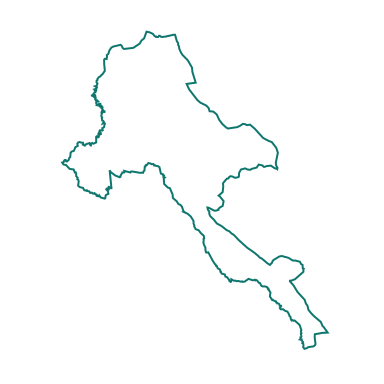 Sumbawanga, Rukwa, United Republic of Tanzania (Mercator projection), rotated 177°
{"feature_id": "72390352B27717411944051", "entity_name": "Sumbawanga", "entity_type": "district", "adm_level": 2, "iso_a3": "TZA", "parent_name": "United Republic of Tanzania", "parent_adm1": "Rukwa", "projection": "mercator", "projection_center": [31.975, -8.085], "detail": "fine", "context": "isolated", "style": "outline", "palette": "teal", "viewbox_px": 384, "rotation_deg": 177, "n_neighbors": 0, "source": "geoboundaries", "source_scale": "gbopen_adm2", "svg_char_len": 6025}
<svg xmlns="http://www.w3.org/2000/svg" viewBox="0 0 384 384"><g transform="rotate(177 192 192)"><path d="M63.9,44.5L67.7,50.5L68.6,51.2L70.1,55.4L76.9,61.9L79.6,65.0L81.9,68.3L82.7,72.6L84.1,74.6L85.1,78.4L91.9,86.7L95.5,93.4L98.9,97.7L98.8,98.3L97.5,98.3L93.7,99.5L84.9,106.5L84.9,108.3L84.4,109.5L85.4,110.0L85.4,113.4L86.8,114.3L87.9,116.7L92.2,118.1L95.0,118.3L99.1,121.2L105.7,123.4L108.2,123.0L114.0,119.9L115.1,118.9L115.7,117.3L118.0,115.1L120.7,117.1L125.8,121.9L127.7,122.9L129.1,124.6L133.0,128.2L139.7,133.4L147.8,141.5L152.4,146.9L154.7,148.5L156.8,150.8L159.5,152.2L164.2,156.4L168.9,159.3L171.5,163.1L175.1,167.0L175.9,169.4L175.7,171.4L177.0,173.4L177.4,175.7L176.1,175.4L170.9,172.3L169.1,172.1L166.8,172.7L167.0,173.1L165.1,175.0L162.1,176.5L160.9,181.2L164.5,186.2L165.6,187.0L161.4,190.3L160.5,195.9L160.6,198.8L160.2,199.6L156.5,203.5L155.0,203.6L154.2,204.9L152.7,205.8L150.5,205.2L148.3,203.9L144.9,204.4L144.4,204.9L143.9,208.8L141.9,211.9L137.7,212.8L135.5,211.6L132.7,211.1L131.1,212.0L126.2,213.0L123.9,215.9L120.2,214.8L119.1,213.4L118.3,213.3L116.0,214.0L111.9,214.2L108.0,211.3L106.2,210.9L105.7,210.4L105.4,211.6L106.5,213.9L106.8,216.8L104.2,226.8L105.6,231.8L109.7,237.7L112.6,238.9L118.1,242.2L126.0,251.9L130.5,256.2L133.7,255.9L135.3,256.9L137.6,257.4L140.5,255.6L143.5,254.4L152.8,253.5L154.7,254.8L158.1,258.3L161.1,262.7L163.2,268.1L166.5,271.2L170.2,271.7L171.0,275.0L173.1,277.5L179.0,280.8L181.8,283.5L189.4,294.5L191.7,300.2L182.6,301.0L185.3,311.8L185.5,316.2L189.3,323.7L194.4,329.5L195.8,332.0L197.2,335.8L197.4,338.3L198.2,339.7L198.0,341.3L199.2,343.3L200.7,349.9L202.2,350.0L210.1,348.6L213.5,348.4L214.8,348.6L215.9,349.6L216.7,349.8L217.6,348.6L219.1,348.6L219.5,349.1L220.1,348.9L221.6,350.2L222.7,351.9L225.8,353.6L229.0,354.5L231.8,347.9L234.4,346.0L236.5,342.9L243.1,339.0L252.4,338.4L253.6,339.3L254.5,341.6L255.6,342.7L262.9,341.4L265.0,340.4L267.0,337.8L268.4,334.2L269.9,333.2L269.8,331.1L270.3,330.2L270.3,329.3L271.9,329.6L272.8,328.8L273.0,324.4L272.7,317.6L275.3,314.2L276.7,313.3L277.5,312.2L278.9,311.7L280.5,309.8L280.5,308.9L281.4,308.3L281.6,306.5L280.7,305.3L281.7,303.1L283.3,302.7L282.5,302.1L281.8,302.5L281.4,301.4L282.3,300.1L283.8,299.7L283.3,299.4L282.5,299.6L282.3,298.5L283.6,298.1L283.0,297.3L283.2,296.6L284.1,296.5L286.1,294.1L286.9,293.7L286.7,293.2L285.7,293.1L284.1,293.9L283.7,293.8L283.5,292.8L284.5,291.9L283.3,291.3L283.2,290.8L284.0,289.9L283.3,288.8L282.0,288.6L281.0,287.4L281.6,287.3L282.5,288.0L282.9,287.5L283.0,285.3L282.2,284.4L282.6,283.7L281.1,283.4L280.2,285.0L279.0,284.9L279.1,284.3L279.7,284.4L279.7,282.3L278.4,281.5L277.8,282.5L276.9,281.4L277.0,280.7L277.8,280.2L276.5,278.4L277.7,277.6L277.9,277.0L276.2,277.8L275.1,277.1L275.2,276.5L276.3,276.8L278.0,275.1L278.6,272.5L277.8,271.1L278.2,270.4L278.0,268.2L277.0,267.8L276.4,266.8L277.4,265.1L276.1,265.6L275.4,264.9L276.6,261.2L278.3,260.4L277.9,258.3L278.6,258.0L280.6,258.5L281.1,258.0L281.4,256.9L280.1,255.9L279.9,254.7L280.7,254.4L281.8,255.6L282.3,255.4L282.5,254.8L281.5,254.1L282.4,251.6L283.8,251.5L284.0,252.7L284.8,252.2L285.1,246.5L287.8,245.4L289.0,246.2L289.8,245.7L290.6,243.8L291.2,244.3L291.7,246.2L295.2,245.3L296.6,243.9L298.5,245.0L298.0,245.7L298.3,246.9L300.4,247.2L301.6,247.8L303.1,247.4L304.0,246.2L303.7,244.0L306.1,242.9L307.8,239.3L309.8,238.8L311.1,237.7L311.8,233.2L312.6,232.7L313.7,230.2L315.4,229.0L316.1,229.2L316.5,230.6L317.3,230.6L318.0,230.1L318.6,228.6L320.1,228.2L318.9,226.2L316.4,225.5L313.0,221.5L309.0,220.7L308.0,217.6L307.1,217.7L306.7,216.6L306.8,213.8L305.4,212.1L305.9,210.8L304.9,210.0L304.6,208.5L305.4,204.3L303.9,202.8L300.6,201.8L299.5,199.4L297.5,198.9L297.0,199.2L296.8,198.5L294.5,198.0L293.7,196.4L292.1,196.6L291.1,195.6L290.2,195.8L289.9,195.5L289.3,195.9L288.6,194.9L287.3,194.4L287.1,193.8L287.6,193.7L287.5,193.1L285.6,192.6L284.9,193.6L283.6,191.4L279.7,190.0L279.0,190.2L278.4,193.0L277.8,193.7L275.6,194.5L275.9,197.1L277.5,199.2L276.8,199.8L275.9,199.0L275.0,198.9L274.7,199.8L275.2,201.1L274.8,201.5L272.8,200.3L272.2,199.3L273.1,218.0L272.0,216.0L267.8,212.5L263.4,210.5L262.6,211.0L262.6,211.9L260.4,215.2L258.8,215.0L258.2,215.6L258.5,216.6L252.5,214.7L251.8,215.6L250.5,215.6L243.1,213.9L239.8,213.8L239.5,214.9L238.4,215.9L237.8,219.9L237.0,220.0L236.7,221.3L235.4,221.5L234.1,223.2L231.8,222.6L231.1,221.9L229.0,221.9L228.4,220.4L227.4,220.6L226.1,219.8L224.4,219.5L223.2,218.5L222.1,212.0L220.1,211.2L220.2,210.6L219.1,210.0L219.8,208.6L218.4,207.9L219.5,206.9L219.4,201.5L215.9,197.7L213.9,197.0L211.5,190.5L211.4,187.0L207.8,183.6L206.2,180.7L204.2,179.7L202.9,178.1L201.3,172.6L200.1,172.4L200.9,172.3L197.5,170.5L194.5,167.6L192.0,163.0L192.1,160.3L191.4,158.6L191.6,157.5L190.3,154.7L187.4,153.5L185.4,150.6L182.5,147.6L182.3,144.9L182.9,144.6L182.9,142.5L183.3,141.3L182.8,138.7L181.4,135.4L181.7,133.8L181.2,131.0L180.4,130.7L178.9,130.9L175.2,122.9L172.9,118.8L172.2,118.4L171.9,117.0L171.2,116.9L170.2,114.3L168.3,113.3L167.7,110.8L167.4,110.8L167.5,110.3L166.5,108.9L163.5,107.9L163.1,105.8L161.5,105.1L159.5,102.3L159.4,101.3L158.2,100.2L157.7,100.4L157.3,102.8L154.8,101.2L153.2,101.2L152.3,100.6L150.4,100.7L147.9,99.9L146.6,100.1L146.2,99.6L144.0,99.8L140.1,102.3L136.1,100.7L134.6,100.7L133.9,101.1L133.2,100.4L132.6,100.8L131.4,100.0L130.2,98.0L129.0,97.6L127.7,94.8L126.5,94.0L124.5,94.0L122.0,93.1L120.6,91.2L120.1,89.8L120.4,89.9L118.9,87.6L119.7,83.7L117.8,80.2L117.2,80.3L117.1,79.8L116.6,79.8L115.6,79.0L113.7,78.3L113.7,77.3L113.0,76.9L112.8,76.3L112.1,76.4L110.7,75.5L110.4,73.8L109.0,73.7L108.9,73.4L110.4,71.5L109.6,70.3L107.0,70.1L105.6,68.7L102.9,67.5L101.4,64.5L101.2,63.1L100.2,62.2L100.0,60.1L99.3,58.5L98.3,58.9L97.5,58.1L96.2,58.3L91.5,53.6L90.0,48.4L90.6,47.2L90.1,45.3L90.7,44.9L90.3,42.0L90.6,41.3L91.3,41.2L91.3,39.8L91.9,39.2L90.2,39.0L90.4,38.1L89.1,36.5L89.7,35.4L88.9,35.1L88.7,32.7L89.1,31.3L87.9,29.5L85.6,30.0L84.0,31.0L78.6,31.5L77.1,32.7L76.6,33.7L77.1,40.1L76.8,43.5L69.0,44.5L63.9,44.5Z" fill="none" stroke="#0f766e" stroke-width="2"/></g></svg>